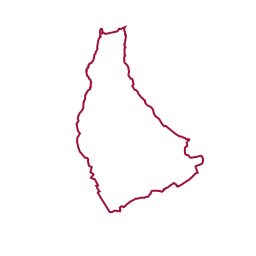 the district of Zipacón, Cundinamarca, Colombia, rotated 128°
{"feature_id": "7082276B87825426201074", "entity_name": "Zipacón", "entity_type": "district", "adm_level": 2, "iso_a3": "COL", "parent_name": "Colombia", "parent_adm1": "Cundinamarca", "projection": "orthographic", "projection_center": [-74.398, 4.753], "detail": "fine", "context": "isolated", "style": "outline", "palette": "rose", "viewbox_px": 256, "rotation_deg": 128, "n_neighbors": 0, "source": "geoboundaries", "source_scale": "gbopen_adm2", "svg_char_len": 5750}
<svg xmlns="http://www.w3.org/2000/svg" viewBox="0 0 256 256"><g transform="rotate(128 128 128)"><path d="M114.1,186.4L114.6,185.0L115.0,184.8L116.0,184.7L116.4,184.4L116.6,184.1L117.6,183.5L118.3,183.3L118.5,182.6L119.8,182.7L120.0,182.1L120.5,181.8L121.1,181.9L121.9,182.3L123.2,182.6L123.7,182.6L125.0,182.2L125.5,182.2L126.3,182.4L127.2,181.8L128.6,181.8L129.2,181.6L129.6,181.3L130.5,180.3L131.3,179.9L131.4,179.7L131.7,179.5L132.4,179.5L133.0,179.3L134.0,179.3L134.6,178.8L135.0,178.6L135.5,178.6L137.3,177.3L138.0,176.9L138.8,176.1L140.4,175.4L140.9,175.3L143.4,175.0L144.3,175.0L145.2,175.2L146.3,175.2L150.6,174.0L151.0,173.5L151.7,173.0L152.7,171.6L153.2,171.2L153.8,171.2L154.4,171.3L155.0,171.3L156.3,171.0L156.9,170.7L157.1,170.2L158.8,168.5L160.4,166.5L160.6,165.9L161.0,165.5L161.5,164.5L161.7,163.0L161.9,162.5L162.2,162.4L162.5,162.4L163.2,162.6L165.0,162.0L165.6,162.2L166.3,162.1L167.3,161.6L169.3,160.4L170.9,158.9L173.8,155.3L174.9,153.5L175.6,152.5L176.2,151.5L176.5,150.5L176.7,149.0L177.2,147.1L177.8,144.1L177.8,143.5L177.7,143.1L177.4,142.7L177.0,142.5L176.9,141.9L176.9,141.1L177.2,140.3L177.6,139.7L178.1,139.4L178.5,139.3L179.0,139.0L179.6,138.3L179.9,137.4L180.7,137.0L181.0,136.6L181.4,136.3L181.6,135.9L181.7,135.0L181.5,134.5L181.5,133.6L181.2,132.5L186.0,130.4L185.7,127.6L185.8,126.7L186.0,126.4L186.8,126.4L189.1,126.6L190.1,126.6L189.7,124.6L188.8,122.5L189.1,122.0L191.6,116.3L193.1,117.5L193.5,116.5L194.0,115.4L194.3,115.2L195.6,111.9L195.6,111.4L196.3,111.8L197.3,112.0L197.7,111.9L205.5,90.7L205.3,90.2L204.1,88.8L203.0,88.5L202.4,87.9L201.4,87.6L201.0,87.2L200.5,86.4L199.9,84.9L198.8,83.7L198.5,83.0L198.2,83.1L197.7,83.8L197.3,84.1L196.9,83.9L196.8,84.1L195.8,85.4L195.3,85.2L194.2,85.2L193.7,84.9L193.4,84.4L193.1,83.6L193.1,82.9L192.8,82.5L192.5,82.4L191.7,82.4L190.3,82.1L189.2,82.0L184.2,80.7L180.3,78.9L179.2,78.6L178.7,78.2L178.2,77.4L174.0,74.0L173.5,72.8L173.0,72.1L171.9,71.7L171.2,71.3L169.8,69.9L169.1,69.7L167.2,70.0L166.3,69.7L165.7,69.8L165.3,70.0L164.4,70.1L163.5,70.5L163.3,70.5L162.5,70.3L162.1,69.8L161.7,69.1L161.3,68.5L159.5,66.7L159.3,65.9L159.0,65.3L158.4,64.6L157.7,63.4L157.7,62.5L157.6,62.2L156.7,61.9L156.0,61.5L155.6,61.4L155.2,61.5L155.0,61.8L154.6,62.1L154.1,62.1L153.7,61.5L153.6,61.3L152.1,61.3L151.2,60.5L150.8,60.4L147.9,59.3L147.3,59.3L146.4,59.2L146.1,59.1L145.0,58.4L144.0,58.4L143.5,58.2L143.0,57.7L142.9,57.4L143.1,56.4L142.9,55.1L143.1,54.7L143.6,54.2L143.8,53.7L143.8,53.3L143.7,53.1L143.1,53.0L143.1,52.6L142.6,52.2L139.1,50.7L137.3,50.2L131.2,48.0L130.5,47.8L129.4,47.8L128.5,47.6L128.1,47.6L127.1,47.3L122.9,46.9L120.9,46.1L120.3,45.6L117.5,50.1L116.9,50.7L116.7,51.1L116.1,51.0L113.0,49.0L110.7,47.8L110.1,47.7L108.8,48.1L107.0,49.2L106.1,49.9L105.8,50.5L105.6,51.2L105.2,51.8L104.8,52.7L105.0,53.4L105.3,53.9L106.1,54.5L107.9,55.7L108.6,56.2L110.1,57.7L111.6,59.0L113.0,60.6L113.1,61.2L112.5,62.4L112.4,63.2L112.7,64.6L113.2,65.4L113.3,66.6L113.0,67.5L112.2,68.0L111.7,68.7L110.8,69.2L109.8,70.1L108.7,70.9L107.4,71.0L107.0,70.8L106.4,70.4L105.9,70.3L105.4,70.4L105.1,70.7L104.6,71.5L103.7,72.4L103.5,72.6L101.8,72.9L101.3,72.9L100.1,72.4L99.7,72.4L99.3,72.7L99.4,73.0L99.9,73.6L101.1,75.7L100.9,76.6L101.1,77.9L101.5,78.4L101.8,80.6L102.6,81.7L103.2,84.2L103.4,87.3L103.3,92.2L103.3,93.5L103.1,98.9L103.2,99.7L104.1,100.3L104.3,100.6L104.4,101.1L104.0,102.9L103.1,105.6L102.8,106.5L102.1,107.9L101.8,109.0L101.7,109.9L101.8,113.0L101.7,113.9L101.0,115.8L99.6,117.9L98.2,119.6L98.0,120.4L97.5,121.5L97.4,123.4L97.6,124.0L97.8,124.7L98.1,125.3L98.2,126.1L98.0,128.0L97.4,130.1L97.1,130.6L95.8,131.7L95.8,132.5L96.1,133.3L95.6,134.3L95.7,136.6L95.2,137.9L94.8,140.3L94.5,141.0L94.3,141.6L93.4,142.6L93.2,144.7L93.3,145.2L93.7,146.2L93.7,146.8L92.9,148.5L92.5,150.2L92.2,150.5L91.8,150.7L91.4,150.6L90.5,150.3L90.2,150.4L89.9,150.6L89.4,151.6L88.2,152.7L87.6,153.7L87.3,153.9L86.9,155.0L86.9,155.3L87.4,156.1L87.3,157.1L86.8,158.1L86.8,158.5L86.2,160.1L85.5,160.6L84.6,161.0L82.8,162.0L81.0,164.2L80.2,164.7L79.9,165.4L79.5,166.0L79.0,167.5L78.8,168.3L78.6,170.8L78.4,171.4L77.8,172.0L77.0,172.5L76.5,173.2L76.1,173.5L75.2,174.1L74.4,174.7L74.2,174.8L73.3,174.6L72.7,174.8L72.4,175.0L72.4,175.8L72.2,176.1L70.7,177.0L69.4,178.2L66.8,180.0L66.5,179.7L65.9,180.4L65.7,180.2L65.2,181.6L64.4,182.5L63.9,182.2L63.0,182.8L60.8,183.9L58.9,185.0L58.2,185.3L56.9,186.1L56.5,186.7L56.0,186.9L55.9,187.1L56.3,187.7L56.2,188.0L54.9,188.8L54.0,189.7L53.9,190.2L53.6,190.9L52.3,191.8L52.0,192.0L52.0,192.4L50.5,192.5L52.0,193.5L52.7,193.8L53.3,194.0L54.6,194.7L55.0,195.3L55.1,195.8L55.4,196.2L56.2,195.9L57.2,195.8L57.8,196.1L58.4,196.0L58.9,196.3L61.4,198.4L67.6,203.5L67.8,203.8L67.8,204.1L68.0,205.0L67.9,205.2L68.5,206.4L68.8,206.5L67.6,207.4L66.7,208.6L66.3,208.9L66.2,209.1L66.1,209.4L66.3,210.0L66.5,210.3L67.5,210.1L68.5,210.0L69.2,209.2L69.6,209.1L70.0,208.8L70.0,208.4L70.2,207.9L71.0,207.8L71.6,207.2L72.3,207.1L72.5,206.8L72.6,206.0L72.8,205.7L73.5,206.0L73.7,206.3L73.9,206.3L74.0,205.9L74.7,205.9L76.4,205.7L79.2,204.4L80.9,203.3L81.1,203.0L81.3,202.9L81.7,202.8L82.7,202.5L83.1,202.2L83.8,201.3L84.5,201.0L84.5,200.9L85.1,200.8L86.3,200.4L88.4,200.1L89.5,199.3L90.8,199.5L91.4,199.3L91.6,199.3L91.9,199.0L92.9,198.4L95.2,197.3L96.6,197.0L97.3,196.9L98.4,197.0L98.7,196.8L99.8,197.2L100.8,197.9L101.2,198.0L101.4,197.7L101.7,197.6L101.9,197.6L102.6,197.9L102.9,197.8L103.9,197.1L104.0,196.8L104.2,196.7L104.4,196.6L104.9,197.0L105.1,197.0L105.5,196.6L106.0,197.0L106.3,197.1L107.7,196.5L107.8,196.4L107.9,195.9L108.0,195.7L108.7,195.8L108.9,195.9L109.3,195.2L110.1,194.7L110.6,194.2L111.4,192.9L112.3,191.8L112.3,191.6L112.0,191.1L112.1,190.3L112.9,189.5L113.1,189.0L113.2,187.1L113.4,186.8L114.1,186.4Z" fill="none" stroke="#9f1239" stroke-width="2"/></g></svg>